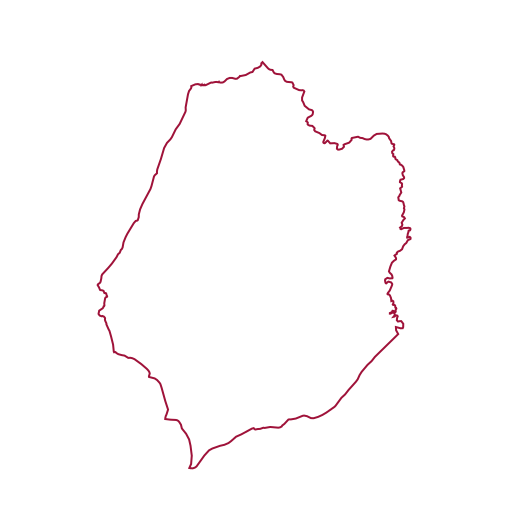 the district of Lospalos, Lautém, East Timor, rotated 162°
{"feature_id": "22284137B26175223982630", "entity_name": "Lospalos", "entity_type": "district", "adm_level": 2, "iso_a3": "TLS", "parent_name": "East Timor", "parent_adm1": "Lautém", "projection": "orthographic", "projection_center": [126.99, -8.54], "detail": "fine", "context": "isolated", "style": "outline", "palette": "rose", "viewbox_px": 512, "rotation_deg": 162, "n_neighbors": 0, "source": "geoboundaries", "source_scale": "gbopen_adm2", "svg_char_len": 6060}
<svg xmlns="http://www.w3.org/2000/svg" viewBox="0 0 512 512"><g transform="rotate(162 256 256)"><path d="M189.9,438.4L191.4,437.6L191.7,436.3L193.4,435.0L196.1,434.4L199.4,434.6L202.5,432.1L204.7,432.3L209.8,431.3L215.0,431.9L215.6,432.2L216.5,431.5L219.3,430.5L220.9,430.9L223.6,432.7L226.0,433.5L228.9,433.3L232.1,431.7L234.0,431.3L236.0,431.8L237.3,432.6L237.4,433.1L237.9,432.8L239.9,433.8L241.2,434.1L244.2,434.4L244.9,434.8L245.6,434.8L251.2,434.0L251.7,434.2L251.9,434.7L252.5,434.4L253.1,434.6L252.9,434.9L255.0,435.3L254.9,435.6L255.3,435.4L255.3,435.8L255.8,435.8L256.1,436.2L256.7,436.3L257.2,437.0L257.8,437.1L258.1,437.5L260.7,438.0L265.1,437.6L265.3,436.5L266.0,435.5L268.7,433.6L270.7,430.8L277.0,419.1L277.8,416.2L278.5,415.0L287.8,405.2L293.2,401.3L299.3,395.0L301.4,393.4L305.7,391.1L310.0,387.1L316.5,377.6L323.1,368.9L324.0,367.2L324.6,365.3L327.3,364.1L328.4,363.2L333.8,354.8L335.7,352.3L347.9,340.6L351.8,336.2L354.6,331.8L355.5,329.2L357.4,326.6L357.9,326.4L359.6,326.5L362.0,325.1L371.4,317.0L374.2,314.2L377.8,309.9L380.2,305.4L381.3,304.2L382.7,303.5L384.6,301.2L386.7,300.3L389.0,298.0L395.4,293.3L400.1,290.4L408.0,286.0L409.1,284.7L410.0,282.6L411.8,279.5L412.7,278.7L415.1,277.9L415.6,277.3L415.0,274.6L414.8,272.0L414.6,271.7L412.9,270.9L411.8,270.0L411.6,267.6L410.4,267.2L410.1,266.7L410.2,264.9L410.0,263.7L410.2,263.3L411.7,263.1L412.5,262.5L414.9,258.0L415.5,255.7L415.9,255.3L416.4,255.3L417.2,254.2L418.1,253.6L422.0,252.5L423.6,249.7L423.6,249.1L422.9,247.5L421.3,246.3L420.6,246.4L419.9,245.8L419.4,245.4L418.8,244.0L418.8,243.4L419.4,242.0L419.4,240.5L419.1,238.2L419.4,237.1L418.8,231.5L418.5,230.1L418.7,224.3L419.3,215.9L420.8,209.0L420.7,208.3L419.7,208.3L419.3,208.0L418.7,206.8L417.3,205.2L414.3,203.2L411.8,201.9L409.0,198.6L406.9,198.0L405.2,197.0L403.4,195.4L398.4,188.5L394.7,182.4L393.7,180.2L393.3,178.4L393.4,177.0L395.0,174.7L395.1,174.0L390.2,170.9L388.4,168.6L386.9,165.3L386.5,163.7L386.5,159.7L387.1,146.0L387.1,137.1L390.2,132.8L391.1,131.9L392.2,130.2L392.7,129.0L388.0,126.8L382.8,124.8L381.7,124.1L380.9,123.2L380.3,121.9L379.5,118.7L379.8,114.9L377.4,108.5L376.3,102.2L376.9,95.8L378.8,85.9L382.0,78.2L384.9,75.0L383.7,74.3L381.7,73.6L380.3,73.6L379.1,73.7L377.5,74.3L366.8,82.2L360.7,85.7L357.0,86.4L348.9,86.6L344.4,86.2L340.0,86.6L337.0,87.6L330.8,90.3L325.1,90.9L313.2,93.1L311.4,93.0L310.9,91.8L310.3,91.2L307.8,90.9L305.5,90.3L302.1,90.4L300.9,89.8L295.3,89.0L287.8,85.8L286.2,85.6L284.3,85.9L283.4,86.7L281.0,87.5L275.8,90.4L275.1,90.4L273.2,89.8L268.4,89.1L261.0,89.6L259.6,89.4L257.0,87.9L253.8,84.8L251.3,83.9L246.7,83.8L242.1,84.3L237.6,85.3L227.9,88.3L226.6,89.0L218.5,94.8L214.1,96.8L209.2,100.1L199.9,105.5L197.4,107.3L194.2,110.8L191.3,113.2L183.6,118.0L178.4,120.4L174.1,123.3L144.9,137.8L145.7,142.1L144.9,145.2L140.7,142.5L138.8,142.0L138.0,142.9L136.9,146.0L138.0,149.2L139.3,149.6L141.2,149.8L141.9,151.4L140.9,153.6L139.9,154.8L140.0,155.6L141.0,156.2L141.7,156.2L143.0,155.6L144.0,155.7L142.4,156.8L142.1,157.2L142.1,159.0L143.3,160.0L146.0,159.6L146.5,159.8L146.3,160.4L144.2,160.6L143.1,161.7L142.1,161.2L141.6,160.0L140.7,159.6L140.3,160.0L140.0,161.4L138.8,162.5L138.8,163.3L139.3,163.5L139.4,164.1L139.0,165.5L139.1,166.2L139.5,166.7L140.7,167.1L140.9,167.6L139.8,168.8L139.4,170.5L140.1,171.4L141.2,171.3L140.6,174.2L140.8,177.1L141.4,178.3L142.4,178.7L142.7,179.3L142.0,180.1L139.5,181.8L136.3,185.4L135.3,186.7L135.1,187.4L135.6,189.1L137.9,190.7L139.2,190.4L140.5,189.7L141.0,190.0L141.1,191.1L140.8,193.0L140.3,193.9L137.8,194.6L135.7,193.3L133.2,192.7L132.9,193.0L132.6,194.9L132.8,196.6L134.0,198.8L134.3,200.3L131.5,204.4L128.8,207.6L126.4,208.8L123.9,209.5L123.6,210.1L123.5,211.2L124.2,213.6L122.8,214.2L121.7,214.3L121.3,214.6L121.0,215.7L119.3,216.4L117.6,216.4L115.0,217.3L113.0,219.8L111.0,221.2L109.1,221.9L106.7,224.1L103.9,224.4L103.4,225.3L103.4,225.8L103.9,226.7L106.5,226.7L106.5,227.3L105.9,227.8L104.9,230.0L103.5,231.9L103.3,232.6L102.8,233.0L101.7,232.8L101.0,233.4L100.7,234.4L100.9,234.9L102.4,235.8L103.7,236.0L106.6,237.0L109.7,236.6L110.2,237.1L110.0,238.0L110.2,238.5L108.1,239.3L107.6,239.8L107.1,240.7L107.2,242.6L104.7,244.7L102.8,245.7L103.1,247.1L104.7,248.5L104.6,249.3L101.9,251.9L100.6,254.1L100.4,254.6L100.6,255.6L99.5,257.4L99.6,258.6L99.4,260.6L99.4,261.8L99.9,262.7L102.5,264.3L103.0,265.0L102.6,267.7L101.9,268.4L101.2,268.7L100.4,269.7L98.2,271.5L98.0,275.8L95.7,276.7L95.5,277.2L95.5,277.9L94.8,279.4L94.9,280.1L96.3,281.7L96.0,282.6L95.0,283.9L92.2,283.7L91.1,284.3L90.8,285.2L91.4,287.5L91.2,289.6L90.6,290.3L88.8,290.8L88.5,291.6L88.4,295.1L89.0,296.7L90.1,298.2L90.6,298.3L90.9,298.9L90.8,300.5L91.9,302.1L92.0,303.5L93.2,304.8L93.4,305.4L93.1,306.8L93.3,307.5L94.2,307.8L94.6,308.2L94.7,308.8L93.9,310.5L94.6,311.6L94.4,313.1L93.4,313.9L92.6,314.2L92.2,314.1L91.3,315.2L91.1,316.4L91.3,317.8L90.1,319.0L90.1,319.5L92.0,320.7L92.3,321.2L92.0,323.7L93.0,326.8L92.9,328.2L93.4,329.7L94.7,331.6L96.0,332.6L97.9,333.4L103.5,334.8L106.7,334.1L110.9,332.0L113.0,332.1L114.9,332.7L116.6,333.7L118.2,335.2L120.4,336.2L122.1,337.9L128.3,338.6L128.8,338.3L129.2,336.9L132.0,335.2L132.6,335.0L137.4,334.9L138.4,334.6L138.6,332.7L141.0,331.4L144.0,331.5L145.1,331.8L145.9,333.0L144.9,335.4L144.0,336.3L143.8,336.9L144.1,337.5L146.5,339.1L150.6,340.2L152.0,343.4L152.4,343.7L155.5,342.1L156.1,342.1L156.6,342.5L156.9,343.1L156.7,343.8L154.1,346.8L152.9,348.9L153.2,349.5L155.9,350.7L157.7,353.3L161.2,356.3L161.7,357.9L160.8,359.3L160.9,359.8L162.2,362.3L164.8,363.5L165.9,364.6L166.2,365.4L165.5,366.9L165.8,367.7L166.6,368.7L164.3,371.3L163.8,371.6L160.2,372.2L159.0,372.7L158.3,373.3L157.2,375.4L157.3,376.6L157.8,377.5L160.3,379.1L163.3,383.8L163.6,387.8L164.1,389.7L163.2,392.5L159.2,397.5L159.5,398.6L160.4,399.3L161.8,399.6L163.8,400.5L168.1,404.4L168.3,405.6L167.4,406.9L167.8,409.6L168.2,410.1L172.8,412.1L174.1,413.4L174.6,415.0L174.8,417.8L175.8,420.6L177.2,421.5L180.0,422.7L181.7,423.9L182.3,424.9L182.8,427.8L184.8,428.7L185.9,429.7L186.6,430.8L189.9,438.4Z" fill="none" stroke="#9f1239" stroke-width="2"/></g></svg>